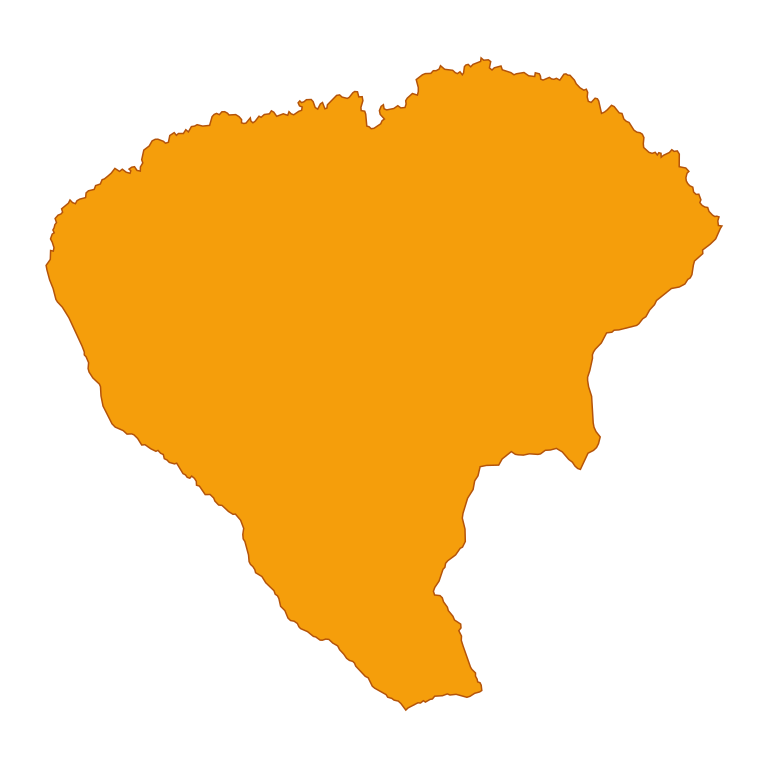 outline of Amambai, Mato Grosso do Sul, Brazil
{"feature_id": "56859067B60164286614093", "entity_name": "Amambai", "entity_type": "district", "adm_level": 2, "iso_a3": "BRA", "parent_name": "Brazil", "parent_adm1": "Mato Grosso do Sul", "projection": "equal_earth", "projection_center": [-54.945, -23.219], "detail": "fine", "context": "isolated", "style": "filled", "palette": "amber", "viewbox_px": 768, "rotation_deg": 0, "n_neighbors": 0, "source": "geoboundaries", "source_scale": "gbopen_adm2", "svg_char_len": 6010}
<svg xmlns="http://www.w3.org/2000/svg" viewBox="0 0 768 768"><path d="M535.3,72.8L534.7,76.5L528.7,75.8L524.0,72.5L516.3,73.8L514.0,74.8L510.9,72.6L502.3,69.8L501.0,66.0L494.3,67.8L492.0,70.0L489.4,67.9L490.7,61.6L488.4,59.8L483.7,60.2L481.1,57.9L480.6,61.4L473.0,64.4L470.7,66.8L468.2,64.4L465.9,65.0L464.4,66.7L463.6,72.8L462.3,74.8L460.0,71.8L457.4,73.6L455.3,72.7L452.7,70.3L444.7,69.3L440.5,65.7L439.1,69.1L436.1,70.7L433.3,70.7L430.8,73.4L425.3,73.6L422.4,74.8L416.2,79.6L418.3,87.5L418.3,91.6L417.4,95.1L412.4,93.5L407.3,98.1L405.7,100.7L406.1,104.0L405.0,107.5L400.8,107.9L397.8,105.7L393.8,108.5L386.7,109.9L384.1,108.8L383.4,104.7L381.1,106.4L379.4,110.6L380.2,114.4L384.4,119.0L382.1,120.7L380.7,123.8L374.0,128.3L371.2,128.7L369.0,126.7L366.8,126.1L365.7,114.1L364.7,111.2L361.2,110.6L360.9,107.4L362.9,100.7L362.2,96.7L358.8,96.9L357.5,91.8L354.7,91.5L352.8,92.8L349.3,97.3L347.3,98.4L342.1,97.1L339.6,94.9L336.6,95.4L327.4,104.8L326.9,108.1L324.9,108.8L322.5,102.5L320.4,103.9L317.7,109.1L315.2,107.5L313.1,101.6L311.2,99.5L306.4,99.7L303.9,101.8L301.5,102.6L299.8,100.9L298.1,102.8L299.5,105.9L302.2,107.0L301.6,110.3L298.8,111.3L293.7,114.8L291.1,113.8L289.0,111.7L287.7,115.3L283.3,113.8L276.7,116.3L273.8,112.2L271.4,110.8L269.4,113.8L264.3,114.5L261.1,117.3L259.0,116.2L255.1,121.3L252.9,122.8L250.9,121.0L250.3,117.9L246.0,123.1L243.8,123.5L241.5,122.8L241.6,119.6L239.0,116.6L235.7,114.6L229.0,115.0L227.5,113.2L224.7,111.7L221.9,111.8L219.3,114.7L216.6,113.4L214.2,114.4L212.1,116.6L209.6,125.4L202.7,126.1L197.1,124.7L194.6,126.1L191.4,126.6L188.4,131.9L185.8,129.7L183.4,133.5L178.4,133.5L176.4,135.3L174.2,132.6L169.8,135.5L168.4,142.3L165.5,143.2L163.4,141.3L157.9,139.2L155.2,139.3L152.1,140.9L149.2,146.0L143.8,150.1L141.7,159.7L142.8,162.9L140.4,167.0L140.3,171.1L137.0,170.4L134.5,166.7L131.7,167.2L129.0,169.1L130.8,170.8L130.0,173.3L126.2,172.2L122.3,169.2L119.5,171.4L114.9,168.4L111.3,173.1L108.0,176.0L104.4,178.9L102.1,179.7L100.3,184.0L95.6,185.6L94.2,189.4L88.4,190.8L86.1,192.9L85.6,197.6L79.8,199.1L77.0,200.7L75.4,203.7L72.5,202.6L70.0,200.0L68.4,203.2L61.6,208.8L62.6,212.2L60.8,214.1L58.1,215.1L55.1,218.5L56.5,222.6L54.9,224.6L54.1,227.8L52.9,230.0L54.2,232.8L52.2,234.1L50.5,238.9L52.2,242.1L54.0,247.7L53.3,251.1L50.6,250.5L50.3,259.4L46.1,265.4L46.9,269.7L49.6,279.8L53.1,288.5L55.9,299.4L57.5,302.0L62.3,307.1L68.9,317.7L82.1,346.2L84.3,352.0L84.3,354.9L86.1,356.8L88.6,362.7L88.1,368.6L89.1,372.1L92.9,378.0L99.4,384.1L100.5,386.7L101.0,395.9L103.0,406.0L112.0,423.8L115.2,427.1L123.2,430.6L127.0,434.1L131.7,433.9L133.9,434.8L137.6,438.4L141.7,445.0L145.0,444.7L150.8,448.8L155.9,451.3L158.0,450.4L160.7,453.3L163.3,454.5L164.3,458.7L166.9,459.9L169.3,462.4L174.5,463.9L176.7,463.2L183.0,473.6L185.5,474.9L187.2,477.3L189.8,478.2L191.7,476.1L194.4,478.3L196.3,481.3L196.5,485.2L199.4,486.1L205.2,494.6L210.1,494.5L213.7,498.0L214.9,501.1L218.6,505.0L222.0,505.4L228.5,511.5L233.0,514.3L235.4,514.1L240.6,520.2L243.7,528.4L242.8,534.5L243.2,538.9L244.9,541.5L248.5,554.9L249.1,561.6L250.5,564.4L252.9,566.6L254.8,569.6L255.6,572.7L261.9,576.5L265.8,582.8L274.0,590.7L275.2,594.2L277.5,595.8L278.9,598.6L280.6,606.3L284.9,610.6L288.0,618.1L290.5,620.5L294.1,621.2L297.4,623.5L298.9,626.8L300.6,628.6L307.5,631.6L313.4,636.4L315.7,636.9L320.1,640.1L322.4,640.2L325.7,639.1L328.9,639.4L332.8,643.1L337.7,645.9L339.6,649.7L343.7,654.1L346.6,658.3L349.4,660.4L352.8,661.4L354.5,663.1L355.7,666.1L365.2,676.3L368.2,677.8L372.3,686.2L374.7,688.2L386.1,694.6L387.7,697.2L391.8,698.4L394.0,700.1L398.3,701.1L400.9,703.5L405.8,710.1L408.1,707.9L417.9,702.8L420.5,703.0L423.4,700.7L425.4,702.1L430.1,699.4L432.4,699.0L434.7,696.2L442.5,695.7L447.3,693.9L449.9,695.0L456.1,694.3L466.9,697.3L470.0,696.3L474.7,693.3L479.7,691.9L481.8,690.5L481.2,685.2L480.0,682.7L477.7,681.9L477.1,679.1L475.5,676.2L475.5,673.0L471.8,669.3L470.5,667.1L463.1,646.1L461.3,640.4L461.5,636.1L458.8,630.7L461.0,627.9L460.7,624.1L454.5,620.0L452.9,616.2L448.3,610.6L447.4,607.2L443.5,601.8L442.3,597.8L440.0,595.6L434.6,595.0L433.4,591.3L434.8,587.4L439.0,581.2L443.0,569.3L444.9,567.3L445.6,563.3L447.8,560.7L455.6,554.9L460.2,548.3L462.5,547.1L465.3,541.5L465.0,529.1L462.3,518.1L463.0,513.3L467.6,498.2L473.1,489.5L474.7,480.8L478.0,475.8L480.1,466.7L486.5,465.4L498.7,465.1L502.2,458.9L511.3,451.6L515.3,454.3L518.1,454.8L523.4,455.1L529.3,453.8L537.9,454.4L540.5,453.9L545.3,450.3L550.3,450.0L556.4,448.4L562.3,451.9L568.7,459.4L572.4,462.2L575.0,466.1L577.7,468.5L580.4,469.4L588.0,453.2L593.5,450.4L596.5,447.6L598.5,443.7L600.2,436.9L596.0,431.6L594.0,427.2L593.2,422.8L591.6,396.3L588.6,386.8L587.6,380.5L587.6,377.2L589.8,370.6L592.5,358.3L592.4,354.8L593.5,352.0L595.3,349.2L601.3,343.0L606.6,332.9L611.9,332.2L614.1,330.2L618.9,329.9L636.7,325.4L638.8,323.8L642.7,318.8L645.9,316.7L649.7,309.9L654.5,304.7L656.5,300.5L671.4,288.5L679.3,287.0L684.9,284.0L687.8,279.4L690.2,277.9L691.9,274.7L693.4,265.0L694.5,261.0L702.8,253.6L702.6,250.0L710.3,244.1L715.7,238.9L720.3,228.5L721.9,226.0L718.4,225.5L717.8,220.9L719.0,216.9L716.8,216.2L714.8,216.5L712.5,215.1L709.0,211.4L707.7,207.5L704.8,207.0L702.1,205.4L699.8,202.6L700.9,199.8L698.8,194.2L696.1,194.4L693.6,192.0L692.8,187.2L689.7,185.7L687.7,183.5L686.3,180.9L685.9,177.8L687.0,173.3L688.9,171.4L685.8,168.0L679.2,166.7L679.3,154.1L677.3,150.9L674.1,151.4L671.8,149.7L669.4,152.5L663.5,155.3L661.2,157.2L661.0,153.3L658.8,152.7L657.3,155.0L655.2,152.3L652.1,153.4L648.9,152.3L643.7,147.5L643.3,143.7L643.9,137.6L642.3,134.2L640.0,132.7L636.9,132.2L633.9,130.1L629.1,122.5L626.3,121.3L623.9,119.1L622.0,113.5L619.2,112.9L614.2,106.6L611.5,105.3L607.3,109.8L604.5,112.1L601.5,113.4L598.7,101.0L597.4,98.8L595.1,98.2L591.2,102.4L588.3,101.3L587.2,96.9L587.7,92.4L586.3,89.2L583.9,90.2L580.0,87.8L576.2,83.8L574.4,80.1L570.0,75.3L567.7,75.1L566.0,73.9L563.9,74.2L559.8,80.2L556.4,78.3L554.0,79.3L551.5,78.9L549.4,77.4L543.0,80.1L540.7,79.1L540.5,76.2L539.3,73.8L535.3,72.8Z" fill="#f59e0b" stroke="#b45309" stroke-width="1.5"/></svg>